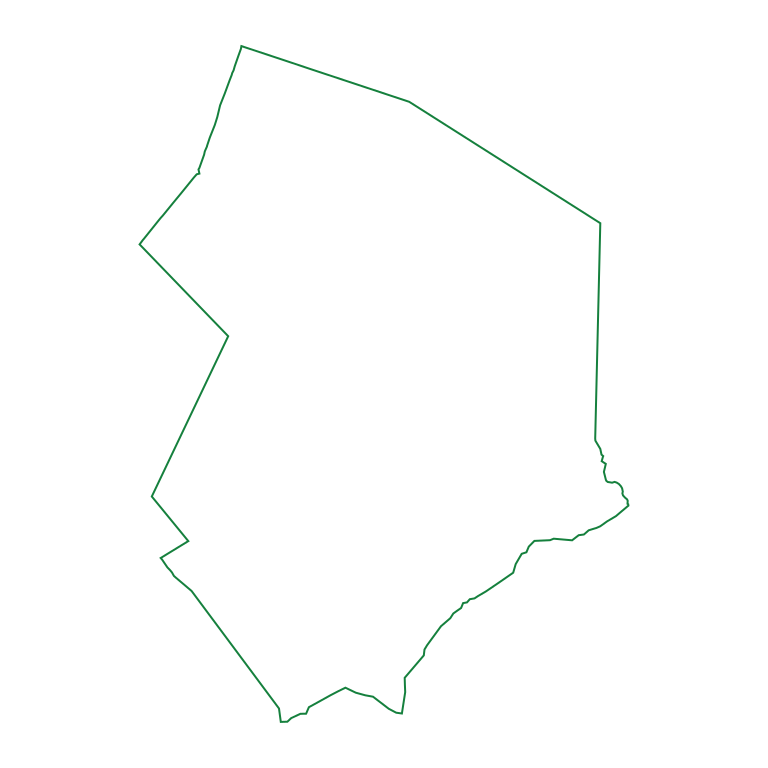 outline of Pinotepa de Don Luis, Oaxaca, Mexico
{"feature_id": "50627088B98184745232294", "entity_name": "Pinotepa de Don Luis", "entity_type": "district", "adm_level": 2, "iso_a3": "MEX", "parent_name": "Mexico", "parent_adm1": "Oaxaca", "projection": "equal_earth", "projection_center": [-97.962, 16.403], "detail": "fine", "context": "isolated", "style": "outline", "palette": "green", "viewbox_px": 768, "rotation_deg": 0, "n_neighbors": 0, "source": "geoboundaries", "source_scale": "gbopen_adm2", "svg_char_len": 1720}
<svg xmlns="http://www.w3.org/2000/svg" viewBox="0 0 768 768"><path d="M241.4,46.1L240.9,48.9L238.4,55.8L234.7,66.4L233.6,70.3L232.2,73.1L231.7,75.0L229.7,80.1L224.7,93.7L224.1,95.2L220.1,105.3L217.3,117.0L214.8,125.0L214.6,125.5L209.8,137.6L207.0,146.0L207.0,146.4L204.8,151.4L204.1,154.7L199.4,167.9L198.5,169.4L199.4,173.6L196.7,174.3L193.8,177.6L181.8,192.4L173.3,202.7L162.7,215.7L160.7,217.9L158.9,220.1L149.2,232.2L143.5,239.3L143.0,239.8L139.6,244.4L228.2,336.2L151.8,496.5L188.3,541.1L160.7,558.0L162.1,559.6L164.2,562.7L167.4,567.4L170.2,570.3L172.0,572.5L173.9,575.9L175.8,577.6L191.6,591.0L279.0,708.5L280.8,721.9L287.4,721.7L291.2,718.1L300.4,713.8L306.1,713.7L308.9,707.2L320.7,700.7L330.6,695.2L338.1,691.3L345.4,687.7L355.8,692.7L365.3,695.3L373.0,696.7L388.8,708.8L396.2,712.7L401.9,713.5L405.2,692.1L404.9,684.9L404.7,677.8L423.8,655.4L424.5,649.5L427.1,645.2L441.0,626.2L450.3,618.2L453.3,613.5L457.2,610.7L461.1,608.0L463.1,603.1L467.0,602.4L469.8,599.2L474.5,598.4L478.1,596.0L485.8,591.5L500.8,581.3L513.2,572.7L515.7,564.1L521.7,553.8L526.4,552.3L528.8,546.6L534.4,540.9L550.0,540.2L553.7,538.7L572.1,540.3L578.7,535.2L583.9,534.5L588.7,530.3L593.9,528.7L596.3,528.0L600.2,526.3L607.2,521.3L616.0,516.1L619.5,513.1L628.4,505.6L628.2,504.2L627.5,503.8L627.7,500.8L627.1,499.4L625.0,497.6L623.0,495.4L622.4,493.4L622.8,491.6L622.1,488.3L620.9,486.2L618.9,484.0L616.7,482.6L614.6,481.9L612.1,482.7L609.9,482.3L607.8,482.0L606.4,480.9L605.9,479.9L603.9,471.9L605.8,463.9L601.7,461.2L603.0,456.5L603.2,456.1L601.5,454.6L600.3,448.9L595.4,440.7L595.2,438.6L600.3,223.2L505.4,162.9L409.2,101.8L367.6,88.0L309.7,68.8L291.8,62.8L282.5,59.7L241.4,46.1Z" fill="none" stroke="#15803d" stroke-width="2"/></svg>